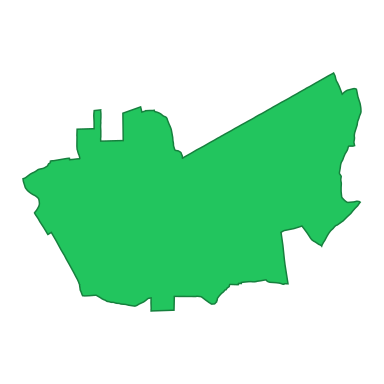 Min Buri, Bangkok Metropolis, Thailand (orthographic projection)
{"feature_id": "78962969B59018064980934", "entity_name": "Min Buri", "entity_type": "district", "adm_level": 2, "iso_a3": "THA", "parent_name": "Thailand", "parent_adm1": "Bangkok Metropolis", "projection": "orthographic", "projection_center": [100.755, 13.811], "detail": "fine", "context": "isolated", "style": "filled", "palette": "green", "viewbox_px": 384, "rotation_deg": 0, "n_neighbors": 0, "source": "geoboundaries", "source_scale": "gbopen_adm2", "svg_char_len": 5923}
<svg xmlns="http://www.w3.org/2000/svg" viewBox="0 0 384 384"><path d="M47.9,234.5L51.3,232.4L56.2,240.8L61.0,249.7L63.6,254.1L64.3,255.2L66.4,259.3L69.3,264.4L73.8,272.6L75.7,276.3L77.5,279.6L78.7,282.3L79.2,283.9L79.7,284.6L79.6,285.4L79.7,286.2L80.0,288.0L80.2,289.7L80.4,290.5L80.9,291.4L82.0,294.4L82.6,295.7L84.8,295.9L89.3,295.7L91.7,295.5L92.3,295.5L92.7,295.4L94.7,295.3L95.8,295.2L96.1,295.2L100.1,297.5L102.0,298.8L103.6,299.6L105.2,300.2L106.3,300.9L107.1,301.4L109.1,301.7L111.2,302.3L112.9,302.3L113.8,302.4L115.4,303.0L116.9,303.3L119.0,303.4L119.8,303.6L120.4,303.9L121.7,304.1L125.6,304.4L128.6,305.2L131.9,305.7L134.7,306.1L135.3,306.0L135.7,305.9L137.1,305.3L138.8,304.2L143.5,302.0L144.3,301.5L145.9,300.3L147.5,298.9L148.1,298.5L148.3,298.4L150.3,298.0L151.1,297.9L151.0,302.9L151.2,308.5L151.1,309.3L151.1,310.1L151.1,311.0L152.9,310.9L174.0,310.2L174.3,296.4L196.0,296.5L196.8,296.2L198.6,296.4L201.2,296.7L201.4,296.9L201.8,297.1L205.7,300.1L209.3,302.7L210.4,303.3L211.3,304.0L211.8,304.1L214.4,303.9L214.7,303.8L215.1,303.4L215.9,302.5L216.7,301.8L216.7,301.6L216.5,301.3L216.5,301.1L217.1,300.4L217.4,298.5L217.7,297.9L219.4,295.7L220.4,294.6L221.6,293.3L222.7,292.5L223.6,291.7L224.9,290.1L225.2,289.9L226.1,289.7L226.6,288.8L227.4,287.8L229.1,286.7L229.3,286.2L229.4,285.3L229.7,284.5L229.9,284.4L238.2,284.7L238.4,284.6L238.3,283.7L238.5,283.4L241.3,283.5L241.3,282.5L243.3,282.2L248.4,281.7L251.0,281.6L252.8,281.8L254.7,281.8L256.5,281.5L257.0,281.3L257.5,281.2L260.5,280.8L266.0,279.8L266.3,280.3L266.5,280.6L267.7,281.5L269.2,282.1L270.2,282.3L276.2,282.7L279.4,283.1L281.3,283.6L282.4,284.1L283.9,284.3L284.3,283.8L284.7,283.7L288.0,283.8L285.0,264.7L284.3,259.0L282.9,245.5L281.1,232.8L280.9,232.4L283.8,230.7L284.5,230.5L287.0,230.0L288.9,229.6L293.9,228.6L300.6,226.5L301.9,226.0L304.0,228.7L307.3,233.2L309.8,237.0L310.2,237.7L311.7,239.7L313.6,241.1L315.3,242.0L318.8,244.4L319.9,244.8L321.4,245.7L321.7,246.1L322.0,245.1L322.4,244.3L323.7,242.0L324.8,240.4L327.0,236.2L328.6,233.5L330.2,231.3L331.2,230.2L332.9,228.7L334.5,226.8L335.6,225.7L336.0,225.5L337.3,225.0L341.9,221.7L343.0,221.0L347.2,216.8L350.8,213.5L352.9,210.8L355.0,208.4L357.7,205.7L359.1,203.6L360.2,202.2L359.3,201.6L359.1,201.5L357.0,201.2L356.4,201.3L354.0,201.9L352.7,202.0L348.2,202.4L347.9,202.4L347.2,202.3L346.7,202.0L346.2,201.7L344.7,200.5L343.5,199.3L342.0,197.6L341.7,196.9L341.6,196.1L341.1,191.3L341.1,187.5L341.3,184.4L341.3,183.1L340.9,180.9L340.8,179.5L340.9,178.6L341.1,177.3L341.2,176.6L341.2,176.3L341.0,175.9L339.6,173.8L339.5,173.6L339.4,173.2L339.4,172.6L339.8,170.4L340.2,168.1L340.6,164.9L341.0,163.3L341.4,162.2L342.6,160.1L343.0,159.1L343.7,157.1L345.2,153.6L345.9,152.6L347.1,150.5L347.7,149.1L348.2,147.1L348.6,146.3L348.9,146.1L349.2,146.1L353.0,146.1L353.6,145.9L354.6,145.6L354.5,145.2L354.0,142.9L353.9,142.0L354.4,139.2L354.5,137.9L354.3,136.1L354.3,135.5L354.4,134.5L354.5,133.8L354.7,132.7L357.2,124.8L357.3,123.5L357.7,121.3L358.8,118.5L359.5,116.0L360.6,113.4L360.9,112.3L361.0,111.6L360.9,108.9L360.8,107.8L360.6,106.4L360.2,104.0L359.9,102.9L357.9,96.7L356.8,91.0L356.4,89.2L354.8,88.6L354.4,88.6L353.8,88.6L352.1,89.0L351.0,89.3L347.4,90.2L346.6,90.6L345.5,91.3L344.3,92.2L342.2,94.2L339.2,86.4L337.5,82.8L336.4,80.9L336.2,80.3L335.7,78.8L335.4,77.3L335.0,75.8L333.6,73.0L332.8,73.5L327.9,76.1L324.8,77.9L319.1,81.1L318.2,81.7L316.6,82.5L312.2,85.1L309.6,86.6L306.8,88.0L306.4,88.2L305.1,89.1L299.5,92.2L297.2,93.6L292.1,96.4L289.5,98.0L286.6,99.6L282.7,101.7L282.3,101.9L282.2,101.9L277.2,104.8L273.0,107.1L271.1,108.3L266.9,110.6L265.3,111.6L261.6,113.7L259.9,114.5L259.1,114.9L255.6,116.9L254.1,117.9L251.3,119.5L250.7,119.8L247.5,121.5L245.6,122.6L241.5,124.8L238.2,126.7L235.2,128.3L231.2,130.7L224.2,134.5L223.8,134.8L221.2,136.2L219.6,137.2L217.6,138.2L214.3,140.2L210.4,142.3L203.2,146.5L201.8,147.2L200.6,147.9L196.5,150.0L191.2,153.2L185.1,156.6L183.0,157.9L182.7,158.2L182.4,158.1L182.4,157.6L182.4,156.4L182.1,155.4L181.6,154.4L181.0,152.7L180.7,152.4L180.1,151.9L178.5,151.0L178.0,150.8L175.5,150.4L175.1,150.1L174.8,149.8L173.8,146.7L173.5,145.5L173.4,143.1L172.9,140.5L172.7,137.4L171.6,131.3L171.3,129.7L170.9,128.4L170.1,126.4L169.1,124.2L167.7,120.7L167.0,118.5L166.4,117.6L166.0,117.2L164.8,116.6L164.7,116.5L164.0,116.4L162.5,115.4L161.7,114.6L160.4,113.7L159.3,113.1L157.7,112.4L156.1,111.9L155.3,111.8L154.7,111.4L154.1,110.2L153.4,110.5L153.1,110.5L149.6,110.5L147.4,110.6L146.6,110.7L145.9,110.6L145.6,110.7L145.3,111.0L141.9,112.1L140.6,106.9L122.9,113.2L123.0,121.9L123.1,129.3L123.2,140.6L121.8,140.6L117.6,140.7L106.8,141.0L102.9,141.1L101.4,141.1L100.7,141.1L100.7,140.6L100.6,138.9L100.7,137.7L100.8,136.9L100.8,134.4L100.8,131.0L100.6,126.7L100.7,123.7L100.8,123.4L100.8,122.7L100.7,121.1L100.9,117.5L100.9,113.7L100.7,111.3L100.6,110.6L100.7,109.9L94.2,110.6L93.9,113.6L93.8,115.7L94.1,122.0L94.1,128.7L77.1,129.2L76.9,135.5L77.0,136.9L76.9,146.0L77.1,149.2L77.2,149.6L77.4,150.1L78.0,152.4L78.7,154.5L79.0,154.9L79.4,156.3L79.6,157.1L79.8,158.1L79.8,158.5L79.7,158.7L79.5,158.8L77.3,158.9L73.2,159.4L70.7,159.6L69.8,159.8L69.7,159.8L69.5,159.7L69.5,158.3L69.3,158.2L66.6,158.5L56.7,160.2L53.8,160.7L51.7,160.8L50.4,161.1L50.3,161.7L50.4,162.3L50.3,162.5L49.8,163.1L49.5,163.3L49.1,163.5L48.6,163.8L48.1,164.6L47.9,165.3L47.5,165.9L46.7,166.5L46.2,166.7L45.6,167.2L43.8,168.1L43.0,168.4L39.3,169.2L38.3,169.5L37.5,170.0L36.3,170.9L34.5,172.0L33.3,172.6L32.5,172.9L30.3,174.1L25.7,177.6L24.4,178.3L23.0,178.7L23.1,179.4L23.1,179.7L23.4,181.5L24.3,184.4L25.3,187.6L25.6,188.1L27.1,190.1L28.4,191.4L30.9,193.3L32.8,194.5L35.2,195.7L35.9,196.2L36.8,196.9L38.1,198.1L38.5,198.6L38.9,199.7L39.1,200.6L39.2,201.2L39.4,203.2L39.4,203.9L39.3,204.7L38.8,206.3L37.4,208.9L36.5,210.3L35.7,211.3L34.8,212.4L34.5,212.9L35.5,214.7L38.1,218.5L40.0,221.9L43.6,227.4L46.1,231.5L47.3,233.6L47.9,234.5Z" fill="#22c55e" stroke="#15803d" stroke-width="1.5"/></svg>